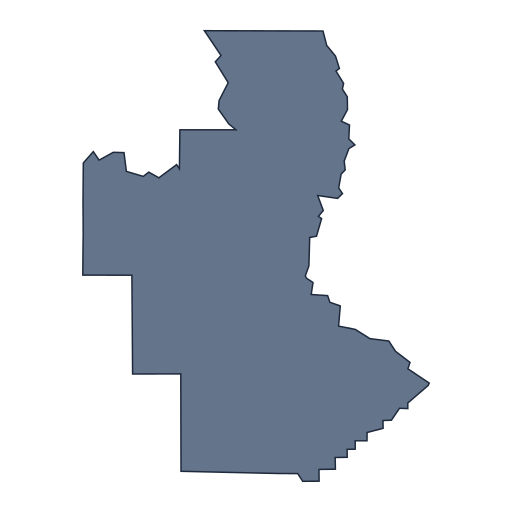 the district of Natchitoches, Louisiana, United States of America
{"feature_id": "52423323B30463798503843", "entity_name": "Natchitoches", "entity_type": "district", "adm_level": 2, "iso_a3": "USA", "parent_name": "United States of America", "parent_adm1": "Louisiana", "projection": "mercator", "projection_center": [-93.012, 31.748], "detail": "fine", "context": "isolated", "style": "filled", "palette": "slate", "viewbox_px": 512, "rotation_deg": 0, "n_neighbors": 0, "source": "geoboundaries", "source_scale": "gbopen_adm2", "svg_char_len": 1216}
<svg xmlns="http://www.w3.org/2000/svg" viewBox="0 0 512 512"><path d="M323.0,31.0L204.4,30.7L221.0,55.5L215.3,61.8L228.2,82.7L219.1,100.5L218.3,109.1L228.8,123.9L235.9,129.8L179.9,129.8L179.4,168.7L176.6,164.6L158.9,177.8L148.7,172.1L143.3,176.4L126.4,171.4L124.0,152.6L113.3,152.3L99.1,160.1L93.3,151.6L83.3,163.0L83.0,201.6L83.2,234.2L83.0,248.6L82.8,275.1L131.9,275.2L132.6,374.0L180.8,373.9L181.0,471.3L278.4,473.5L297.7,473.6L302.7,481.3L319.1,481.2L319.0,469.4L335.4,469.2L335.2,457.5L347.2,457.3L347.1,449.3L355.2,449.2L355.2,440.8L367.0,440.8L367.1,432.5L383.1,428.3L383.0,420.5L391.4,420.2L399.5,408.3L407.8,408.6L407.8,403.0L428.1,385.5L429.2,383.1L407.9,368.8L410.0,362.4L395.5,351.3L388.8,341.0L369.9,338.6L355.3,329.4L338.6,326.1L340.3,305.9L329.9,302.3L327.6,295.6L311.2,294.5L313.0,282.5L306.5,278.2L306.4,278.1L305.3,275.9L308.9,265.8L309.7,237.5L316.5,236.2L321.6,218.6L318.4,216.4L323.3,210.5L317.7,195.5L337.6,198.4L342.5,193.6L338.7,188.0L341.1,174.2L345.2,169.9L344.2,161.1L348.9,148.6L354.9,144.9L348.8,138.9L349.5,125.0L341.3,121.2L347.5,109.6L347.3,96.8L342.4,89.1L343.6,83.4L336.0,71.0L339.4,68.5L335.5,56.1L326.7,45.4L323.0,31.0Z" fill="#64748b" stroke="#1e293b" stroke-width="1.5"/></svg>